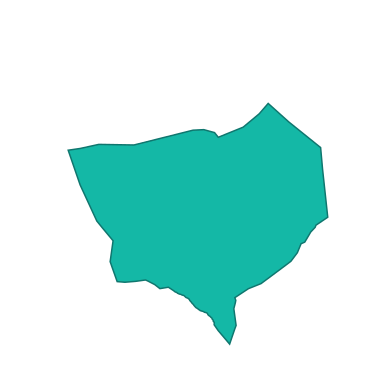 outline of Bulgan, Ömnögovi, Mongolia, rotated 308°
{"feature_id": "93677404B9137444234021", "entity_name": "Bulgan", "entity_type": "district", "adm_level": 2, "iso_a3": "MNG", "parent_name": "Mongolia", "parent_adm1": "Ömnögovi", "projection": "robinson", "projection_center": [103.141, 44.294], "detail": "fine", "context": "isolated", "style": "filled", "palette": "teal", "viewbox_px": 384, "rotation_deg": 308, "n_neighbors": 0, "source": "geoboundaries", "source_scale": "gbopen_adm2", "svg_char_len": 1872}
<svg xmlns="http://www.w3.org/2000/svg" viewBox="0 0 384 384"><g transform="rotate(308 192 192)"><path d="M255.7,314.5L290.3,280.9L306.2,266.0L306.8,225.1L308.7,197.5L294.9,196.8L274.6,192.4L251.3,179.0L252.7,173.2L248.4,162.9L241.3,154.7L193.3,117.3L172.1,89.2L157.5,77.1L148.7,68.7L128.7,99.5L110.5,134.9L108.5,143.7L105.0,159.8L86.7,170.4L75.3,188.2L79.6,194.7L86.8,202.5L94.0,209.5L94.2,210.1L94.7,212.2L96.1,219.7L96.1,226.2L102.4,232.0L102.5,233.0L102.7,235.6L102.9,237.9L102.9,240.4L103.4,241.5L103.4,242.0L103.3,243.0L103.5,243.5L103.6,244.1L103.7,244.6L103.9,245.1L104.1,245.6L104.4,246.0L104.5,246.5L104.6,247.2L104.7,247.7L104.9,248.0L105.1,248.6L105.3,248.8L105.4,249.2L105.4,249.6L105.4,250.0L105.4,250.4L105.3,250.7L105.3,251.1L105.2,251.7L105.2,252.1L105.2,252.4L105.3,252.7L105.5,253.2L105.6,253.7L105.8,254.3L105.7,254.8L105.7,255.1L105.7,255.4L105.8,255.7L105.6,256.1L105.1,257.2L104.8,259.0L104.7,259.5L104.4,260.4L104.3,260.8L104.2,262.3L104.0,262.9L103.8,263.4L103.7,264.1L103.6,264.5L103.5,265.1L103.4,265.7L103.3,266.1L103.5,267.6L103.5,268.3L103.6,268.8L103.5,269.3L103.5,269.7L103.5,269.9L103.7,270.3L103.7,270.8L103.6,271.1L103.6,271.7L103.9,272.1L104.1,272.6L104.2,273.2L104.6,273.9L104.7,274.3L104.8,274.7L104.9,275.5L104.9,275.9L105.1,276.2L105.4,276.9L105.8,277.9L105.8,278.5L105.7,278.8L105.6,279.2L105.3,279.8L105.2,280.0L105.0,280.7L105.0,281.8L105.1,282.7L105.1,283.1L105.0,283.4L104.9,283.8L104.9,284.3L104.9,284.9L104.9,285.1L104.6,285.7L104.3,286.1L104.2,286.4L104.2,286.7L104.1,287.2L103.7,288.0L103.1,288.5L103.0,289.8L101.0,291.2L98.9,298.0L95.3,315.3L110.5,310.0L114.0,308.9L125.8,296.8L131.5,294.3L133.6,293.2L135.1,290.8L150.6,296.0L162.3,302.8L193.0,311.2L198.4,312.6L209.0,312.4L218.4,309.8L221.9,311.7L229.9,310.7L233.5,310.2L240.0,310.8L242.1,310.1L255.7,314.5Z" fill="#14b8a6" stroke="#0f766e" stroke-width="1.5"/></g></svg>